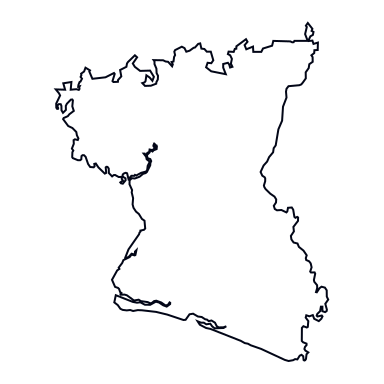 San Félix, Chiriquí, Panama (Robinson projection)
{"feature_id": "35544464B1884855613124", "entity_name": "San Félix", "entity_type": "district", "adm_level": 2, "iso_a3": "PAN", "parent_name": "Panama", "parent_adm1": "Chiriquí", "projection": "robinson", "projection_center": [-81.909, 8.256], "detail": "fine", "context": "isolated", "style": "outline", "palette": "ink", "viewbox_px": 384, "rotation_deg": 0, "n_neighbors": 0, "source": "geoboundaries", "source_scale": "gbopen_adm2", "svg_char_len": 5884}
<svg xmlns="http://www.w3.org/2000/svg" viewBox="0 0 384 384"><path d="M156.2,83.7L150.9,85.7L145.0,85.9L142.3,83.1L144.6,82.3L145.5,81.2L146.4,75.3L149.6,77.5L152.4,80.8L153.9,76.8L150.1,70.6L140.1,70.9L134.8,66.8L132.8,63.5L137.1,57.3L134.9,55.3L127.9,62.1L127.0,63.5L126.4,66.8L120.1,70.0L121.3,76.4L118.1,79.9L117.9,81.8L113.4,82.0L112.5,81.1L114.7,73.9L114.0,73.0L105.5,77.3L92.4,78.8L89.3,71.5L90.0,70.4L85.5,67.7L84.1,71.5L81.1,73.7L81.4,75.1L80.6,76.9L82.0,78.7L80.5,81.6L79.6,82.0L78.4,85.0L78.2,86.7L79.7,86.3L79.2,87.3L79.5,88.9L78.8,89.9L76.4,89.2L70.7,89.7L71.4,82.0L63.3,83.3L65.1,89.7L55.8,89.4L59.0,93.3L60.1,95.5L56.2,103.6L56.3,107.7L57.0,108.8L57.9,108.9L58.2,108.2L57.4,106.2L57.9,104.9L58.9,104.1L60.7,104.2L61.4,105.9L61.5,110.3L63.0,112.8L65.9,109.9L65.8,105.9L66.9,103.7L70.9,99.6L72.3,99.5L72.9,100.4L72.3,106.3L73.8,110.9L69.3,114.3L67.8,116.2L63.7,118.0L63.1,119.1L68.2,126.0L72.4,128.0L76.3,132.0L76.9,135.3L78.4,138.4L77.8,140.0L74.9,139.3L73.6,140.2L73.8,143.8L71.9,148.6L73.3,150.6L72.4,152.2L72.2,157.1L72.8,158.1L77.9,160.2L80.2,160.2L81.3,159.3L81.5,156.1L82.5,155.2L84.0,155.2L85.6,156.8L88.1,164.0L90.2,167.0L93.7,167.3L94.6,166.3L94.3,163.9L95.8,163.5L98.4,167.4L104.8,173.6L106.2,172.9L105.7,167.4L106.4,166.8L107.5,166.9L108.7,168.5L108.9,173.1L112.1,176.4L113.7,175.1L115.1,175.0L118.7,177.0L122.0,176.9L121.7,178.8L122.9,180.6L120.3,182.4L121.0,183.3L122.8,183.7L125.6,180.3L125.5,178.3L123.4,177.1L122.5,175.8L122.8,174.4L124.2,173.3L125.8,172.8L127.1,173.3L128.5,179.0L131.4,175.8L134.4,175.8L135.0,174.9L136.2,175.5L141.2,172.8L146.2,171.5L147.2,169.8L147.7,165.8L149.8,161.7L146.7,159.3L146.1,156.7L143.7,153.6L144.7,153.6L145.7,155.5L147.4,152.8L149.2,152.0L149.6,149.5L152.5,150.1L153.6,149.1L155.9,148.9L156.3,147.5L154.3,147.4L153.5,146.3L153.4,145.2L154.5,143.8L156.2,145.7L157.4,145.4L155.9,146.3L154.3,144.8L154.6,146.8L156.8,147.2L156.6,149.1L153.6,150.3L152.5,151.5L150.2,150.1L149.6,152.4L146.9,155.1L147.5,158.1L150.3,159.1L151.2,161.1L150.4,162.9L150.2,165.4L146.9,172.0L145.6,173.1L143.1,173.8L139.6,176.7L134.8,178.5L131.8,178.2L129.6,180.4L129.5,184.3L132.1,190.1L131.7,192.4L133.1,198.2L132.6,204.4L133.5,207.8L136.0,211.6L138.9,214.0L141.9,218.9L144.5,220.7L145.2,228.5L144.0,229.8L140.4,230.6L140.5,231.5L139.5,232.6L139.1,234.2L128.5,249.4L125.2,257.8L126.1,258.3L129.0,256.6L131.6,253.7L134.8,254.6L135.0,251.6L136.4,250.2L135.4,255.0L134.7,255.4L131.5,254.6L129.6,257.1L123.4,260.1L122.2,263.0L118.7,267.6L119.4,268.9L117.2,270.4L112.0,279.8L115.1,286.9L118.0,287.9L119.1,289.0L120.1,292.0L121.4,293.0L120.4,294.1L120.7,294.7L124.6,294.6L126.9,295.3L134.0,300.5L138.7,299.7L140.8,301.1L147.7,302.1L150.3,303.3L151.9,302.9L154.1,301.1L156.3,300.7L161.3,302.5L165.4,305.4L167.8,305.0L169.6,302.4L170.2,302.8L170.1,304.1L166.7,306.6L163.2,305.3L159.0,302.5L155.8,301.7L150.2,304.8L144.8,304.7L140.3,302.3L137.0,302.7L132.8,301.9L115.8,295.2L114.3,302.4L117.8,305.1L120.4,308.8L122.7,309.9L126.8,310.4L130.2,310.0L133.1,311.0L137.8,310.1L142.1,310.3L156.1,311.9L167.3,314.6L183.5,320.0L185.6,319.8L189.5,314.3L193.1,313.7L197.9,316.5L201.7,317.0L205.2,319.3L207.0,319.6L208.7,321.1L211.5,320.5L215.0,322.7L216.7,326.1L218.7,327.4L223.4,327.3L226.3,326.3L223.5,328.0L214.6,328.3L212.2,326.4L210.3,323.7L206.3,324.3L203.8,322.7L201.1,322.7L197.6,321.3L199.8,324.7L206.1,328.0L210.4,328.9L240.9,340.9L244.8,343.1L247.9,343.7L250.8,345.3L261.1,348.9L284.8,359.9L288.6,361.0L293.1,360.2L295.1,359.1L297.4,359.4L299.7,355.7L301.5,354.8L303.2,356.2L303.6,360.0L304.3,360.5L305.2,360.2L306.0,358.9L306.5,354.3L308.3,352.4L305.4,350.6L304.4,349.0L305.0,346.9L306.6,345.0L306.5,343.6L303.1,342.3L301.8,340.9L301.9,327.9L303.4,326.2L306.8,327.5L307.8,326.9L308.3,321.1L305.7,317.6L306.3,315.3L309.4,316.3L312.8,315.1L314.2,318.8L318.8,321.1L321.3,318.8L322.5,316.4L321.8,315.5L317.5,316.5L316.7,315.7L317.3,313.9L320.1,311.2L320.9,306.7L322.4,306.7L322.4,311.2L325.1,312.1L326.6,311.1L326.9,309.7L325.3,303.8L328.2,299.6L326.8,296.6L326.7,290.3L324.9,287.6L321.5,286.7L319.5,288.2L316.8,292.3L316.0,292.1L317.2,288.0L317.1,285.2L314.3,281.8L313.9,280.0L315.2,273.7L314.6,272.4L311.0,272.5L310.2,271.6L311.6,267.3L310.7,263.4L309.1,261.3L306.2,260.0L305.8,258.1L306.7,255.3L303.5,250.6L298.9,246.9L297.5,243.5L293.6,242.5L291.4,239.4L290.9,235.9L293.9,231.4L293.4,226.9L298.0,220.9L298.1,217.5L297.2,216.9L295.4,217.8L294.4,216.9L293.2,209.7L291.8,207.5L288.0,207.8L287.3,211.4L286.4,212.4L281.4,210.0L277.0,210.3L274.8,209.0L273.8,205.8L276.0,202.5L276.2,199.4L274.5,196.6L270.3,193.7L265.6,189.1L264.4,187.2L263.9,185.5L265.2,181.2L265.2,178.3L264.6,177.2L262.3,175.7L260.6,172.0L263.6,165.5L267.1,161.6L269.1,157.1L273.1,152.3L273.7,148.2L275.7,145.4L278.4,129.3L282.1,120.7L283.0,106.7L286.5,97.6L286.0,91.6L286.5,88.8L288.5,86.2L299.4,85.2L301.3,84.4L302.8,82.6L305.8,78.4L305.7,72.3L308.7,68.1L309.3,64.2L312.7,61.8L312.6,57.1L311.4,55.3L314.2,53.1L314.4,50.2L317.7,50.0L317.9,42.6L313.5,43.9L312.4,40.6L308.9,41.0L309.0,39.3L310.4,36.3L312.9,34.9L313.5,31.9L311.6,30.9L312.4,28.8L307.8,23.0L305.9,25.7L306.8,27.0L305.1,34.1L307.7,40.9L294.4,40.9L293.6,42.2L292.2,42.3L290.3,41.4L273.3,40.9L272.1,45.7L263.0,48.5L261.3,51.9L253.3,51.9L253.0,46.6L246.3,49.3L244.6,45.1L247.5,41.8L246.0,39.2L236.4,46.3L236.3,48.7L234.8,48.9L233.7,51.9L228.6,51.6L227.9,54.1L230.2,55.3L231.9,58.9L230.9,63.6L232.4,66.8L230.1,67.5L229.2,64.5L227.9,62.8L223.2,64.0L223.2,67.6L225.8,74.2L211.2,71.3L206.1,67.3L207.6,62.8L211.3,63.2L213.3,60.3L210.8,51.7L206.8,51.7L204.4,49.0L201.4,48.6L200.2,43.4L198.2,43.9L195.0,47.5L193.6,47.8L189.6,50.7L186.3,51.7L184.5,48.1L181.8,46.7L175.1,50.1L174.3,51.7L175.1,55.1L174.1,56.9L173.5,61.5L171.6,62.0L172.8,64.4L172.1,66.3L168.1,61.8L165.6,61.5L163.2,60.3L153.6,60.1L154.5,61.4L154.5,64.1L156.4,68.6L156.6,73.1L158.0,75.8L157.8,79.5L156.4,82.1L156.2,83.7Z" fill="none" stroke="#020617" stroke-width="2"/></svg>